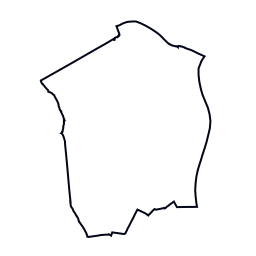 outline of Barendrecht, Zuid-Holland, Netherlands, rotated 265°
{"feature_id": "6326949B83173005742078", "entity_name": "Barendrecht", "entity_type": "district", "adm_level": 2, "iso_a3": "NLD", "parent_name": "Netherlands", "parent_adm1": "Zuid-Holland", "projection": "albers", "projection_center": [4.521, 51.852], "detail": "fine", "context": "isolated", "style": "outline", "palette": "ink", "viewbox_px": 256, "rotation_deg": 265, "n_neighbors": 0, "source": "geoboundaries", "source_scale": "gbopen_adm2", "svg_char_len": 5196}
<svg xmlns="http://www.w3.org/2000/svg" viewBox="0 0 256 256"><g transform="rotate(265 128 128)"><path d="M43.4,189.9L46.8,189.6L50.3,189.5L53.5,189.4L60.2,189.5L64.2,190.1L66.9,190.5L69.5,191.0L73.0,191.8L73.7,191.9L80.4,194.0L84.1,195.5L87.2,196.8L89.8,197.9L93.9,199.5L99.1,201.7L100.7,202.4L107.4,205.1L114.2,207.4L119.0,209.0L119.9,209.3L120.9,209.6L121.1,209.6L127.6,210.7L134.3,210.5L141.0,209.4L147.7,207.3L154.4,205.2L154.8,205.1L158.8,204.3L161.1,203.9L167.8,203.1L174.5,202.9L174.8,202.9L181.2,203.5L181.7,203.7L184.4,205.1L187.1,206.4L188.0,206.8L188.3,207.0L188.5,207.2L190.3,208.5L191.0,209.1L192.7,210.5L195.9,204.8L197.6,202.0L198.8,200.0L199.8,198.3L200.6,196.7L201.1,195.5L201.5,194.5L202.0,193.5L203.0,191.5L203.4,191.3L203.6,190.7L203.6,190.4L203.8,190.0L204.2,189.4L204.3,189.1L204.4,188.8L204.6,188.4L204.7,188.1L204.8,187.7L205.0,186.9L204.9,186.9L205.0,186.6L205.1,186.3L205.3,185.4L205.3,185.2L204.8,185.0L204.9,184.6L204.6,184.5L204.3,184.5L204.7,184.1L204.8,183.9L205.0,183.6L205.3,183.1L205.2,182.8L205.4,182.3L205.3,182.2L205.7,181.2L205.9,180.5L206.1,179.7L207.2,177.8L207.5,177.2L207.6,177.3L208.1,176.5L208.1,176.3L209.4,174.9L210.0,174.4L211.4,173.2L211.7,172.9L216.9,168.6L217.5,168.1L219.1,166.5L220.5,165.0L221.8,163.4L223.3,161.5L224.5,160.0L225.6,158.5L226.4,157.3L227.6,155.6L228.3,154.6L229.5,152.6L230.6,150.8L232.0,148.2L232.9,146.4L233.0,146.0L233.4,145.3L233.4,145.2L233.7,142.7L233.7,141.2L233.8,138.5L233.8,137.4L233.6,135.8L233.3,134.5L233.2,134.2L232.8,132.7L232.4,131.5L231.0,128.2L230.9,127.8L230.5,125.4L222.3,127.6L222.1,127.3L221.8,127.1L221.2,127.4L220.6,126.3L220.2,126.6L219.6,125.8L219.3,125.1L219.3,124.9L219.4,124.6L219.4,124.2L219.4,123.8L219.4,123.7L219.2,123.3L219.0,122.9L218.9,122.9L216.9,122.2L217.3,121.0L217.8,121.1L214.5,114.2L212.9,110.8L210.1,104.6L208.5,101.1L205.1,93.8L201.2,85.4L199.4,81.5L198.5,79.6L196.8,75.9L196.7,75.7L195.9,74.0L194.8,71.5L188.8,58.4L187.4,55.2L186.8,54.0L184.8,49.6L182.9,45.3L181.5,45.5L181.3,45.6L180.6,45.9L180.2,46.0L179.9,46.1L179.7,46.2L179.6,46.3L179.3,46.7L179.2,46.8L179.1,47.0L178.9,47.1L178.5,47.4L178.2,47.5L177.8,47.8L176.7,48.6L176.3,48.8L175.6,49.3L174.5,50.1L174.0,50.5L173.9,50.6L172.9,51.3L172.6,51.7L172.2,51.8L171.0,51.8L170.9,52.1L170.8,52.5L170.6,52.9L170.5,53.2L170.3,53.5L170.1,54.1L169.9,54.3L169.7,54.6L169.4,55.0L169.0,55.5L168.0,56.2L167.1,57.4L166.6,57.4L166.2,57.6L165.3,57.9L164.7,58.2L163.1,58.9L162.3,59.3L161.9,59.4L161.2,59.7L160.6,60.0L160.4,60.1L159.9,60.2L159.2,60.5L157.5,60.8L157.3,60.8L157.1,60.8L156.5,60.8L155.8,60.9L155.5,60.9L154.8,61.2L154.3,61.3L153.8,61.4L153.3,61.4L152.9,61.5L152.4,61.7L152.1,61.8L151.9,61.9L151.6,62.0L150.4,62.6L150.4,62.9L150.2,62.9L149.8,62.7L148.2,63.4L147.8,63.5L146.5,64.0L144.9,64.5L144.2,64.6L142.7,65.0L141.6,64.9L141.6,65.0L141.4,64.9L140.1,64.7L140.1,64.8L140.0,64.7L139.5,64.7L139.4,64.6L139.0,64.7L138.1,64.6L136.9,64.3L136.7,64.3L136.0,63.9L135.3,63.6L134.7,63.6L134.0,63.6L133.9,63.6L133.6,63.5L131.6,62.8L131.3,62.7L131.1,62.7L130.4,62.4L129.7,61.9L129.4,61.7L129.2,61.6L129.0,61.4L129.0,61.5L128.9,61.4L128.6,61.5L128.2,61.7L126.4,62.6L124.7,63.1L123.0,63.5L122.5,63.6L121.0,63.9L119.2,64.0L117.7,63.9L109.3,64.0L98.1,64.1L72.6,64.1L64.8,64.2L59.7,64.3L59.8,64.1L58.3,64.1L54.9,64.3L54.5,64.5L54.1,64.7L52.8,65.5L52.5,65.7L51.7,66.0L50.9,66.2L50.5,66.3L50.3,66.4L50.2,66.4L49.9,66.5L49.4,66.8L48.7,67.2L48.3,67.5L47.4,67.9L46.9,68.1L46.1,68.5L45.3,68.9L45.2,69.0L45.1,68.9L44.6,69.2L43.8,69.6L43.6,69.7L43.6,69.8L43.1,70.1L42.7,70.3L42.3,70.4L42.1,70.5L41.4,70.6L41.1,70.6L40.5,70.7L39.9,70.9L39.4,70.9L39.1,71.0L38.5,71.2L38.3,71.4L38.3,71.5L38.2,71.5L37.9,71.7L37.5,72.0L37.4,72.0L36.4,72.6L35.9,72.9L35.6,73.1L35.1,73.4L34.7,73.6L33.6,74.3L33.4,74.4L33.0,74.6L32.3,74.9L31.9,75.1L31.7,75.2L31.3,75.4L31.0,75.6L30.7,75.7L29.5,76.2L29.1,76.3L28.7,76.5L27.8,76.9L27.4,77.0L26.5,77.4L26.4,77.5L25.8,77.5L25.4,77.6L25.0,77.7L24.9,77.8L24.6,77.9L24.4,77.9L24.2,78.0L23.8,78.1L23.3,78.0L22.3,78.1L22.5,78.1L22.8,78.4L22.9,78.7L23.0,78.8L23.0,79.1L23.0,79.8L23.0,81.3L23.1,82.7L23.2,84.4L23.2,85.4L23.3,86.0L23.4,89.1L23.6,90.1L23.7,91.2L23.7,91.9L23.7,92.7L23.7,93.5L23.7,94.3L23.7,95.1L23.7,96.3L23.7,96.6L23.5,98.5L23.5,98.8L23.6,99.0L23.7,99.5L23.8,99.6L23.1,100.6L22.6,101.2L22.2,101.8L25.4,103.2L25.2,104.0L24.0,109.2L23.8,110.2L23.1,113.0L22.9,114.0L22.8,114.3L22.8,114.7L22.8,114.9L22.9,115.3L23.1,116.0L25.4,117.5L26.4,118.1L27.4,118.6L28.4,119.2L29.2,119.8L30.2,120.5L30.9,120.9L31.6,121.3L33.0,122.2L33.7,122.6L35.3,123.6L35.7,123.9L38.0,125.4L38.6,125.7L38.9,125.9L39.2,126.1L40.4,126.8L41.4,127.4L42.2,127.9L42.5,128.1L43.0,128.4L43.3,128.6L44.2,129.2L45.9,130.3L43.2,134.9L42.0,136.9L41.6,137.6L40.7,138.8L40.4,139.2L39.6,140.3L39.4,140.2L39.1,140.7L40.0,141.3L40.5,142.2L42.7,144.6L44.0,146.1L44.5,146.7L44.8,147.2L44.9,147.3L44.9,147.5L44.8,147.8L44.7,147.9L44.4,148.3L44.2,148.6L44.3,150.2L45.1,156.5L45.3,156.9L44.6,157.4L44.6,157.5L44.9,158.2L45.0,158.2L45.0,158.3L45.7,159.2L46.1,159.7L46.6,160.7L46.8,160.9L47.1,161.5L47.4,161.8L49.9,166.0L50.7,167.3L49.3,167.9L47.9,168.5L45.9,169.4L44.9,169.9L44.5,175.8L44.5,176.1L44.0,182.5L43.4,189.9Z" fill="none" stroke="#020617" stroke-width="2"/></g></svg>